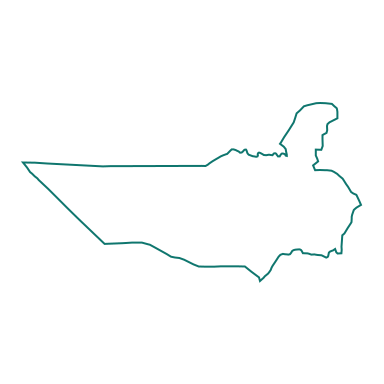 Balad, Sala ad-Din, Iraq (Natural Earth projection)
{"feature_id": "34846034B72296099204368", "entity_name": "Balad", "entity_type": "district", "adm_level": 2, "iso_a3": "IRQ", "parent_name": "Iraq", "parent_adm1": "Sala ad-Din", "projection": "natural_earth1", "projection_center": [44.1, 33.939], "detail": "fine", "context": "isolated", "style": "outline", "palette": "teal", "viewbox_px": 384, "rotation_deg": 0, "n_neighbors": 0, "source": "geoboundaries", "source_scale": "gbopen_adm2", "svg_char_len": 3027}
<svg xmlns="http://www.w3.org/2000/svg" viewBox="0 0 384 384"><path d="M260.0,281.0L262.0,279.2L263.5,277.9L264.8,276.3L267.1,274.4L268.2,273.5L268.7,272.8L269.4,271.9L270.7,270.0L271.6,267.6L272.6,265.8L274.9,262.4L276.8,259.5L278.6,256.7L280.4,254.8L282.9,253.9L284.6,254.2L287.0,254.4L288.4,254.6L290.0,254.2L291.2,252.7L292.1,251.1L293.4,250.2L295.2,249.7L297.2,249.5L298.8,249.4L299.8,249.4L301.1,250.1L301.8,251.1L302.9,253.2L305.5,253.3L307.1,253.3L308.9,253.7L311.3,254.6L313.2,254.5L314.3,254.4L315.3,254.6L316.5,254.8L317.8,255.0L320.5,255.2L321.6,255.3L326.2,257.6L327.6,257.0L328.2,256.0L328.9,252.6L330.0,251.6L331.6,250.9L332.9,250.5L335.1,249.0L336.3,252.3L337.6,253.5L341.4,253.3L341.7,249.8L341.5,246.7L341.9,241.0L342.3,235.3L343.7,234.1L344.4,233.5L347.6,228.2L351.0,223.0L351.5,222.1L351.7,218.8L351.7,216.8L352.2,214.6L353.1,212.0L353.8,210.0L354.5,209.3L356.5,207.6L361.0,204.9L359.2,200.8L356.7,195.5L356.3,194.8L353.3,193.5L351.1,192.0L349.7,189.6L348.1,186.9L346.1,184.1L343.6,180.1L342.6,178.6L339.3,175.9L337.2,173.9L333.8,171.8L331.5,170.7L327.0,170.2L325.2,170.2L319.9,170.0L315.1,170.2L313.1,165.4L318.1,161.4L317.2,158.6L315.8,155.5L315.8,149.6L321.3,149.8L322.7,146.0L322.6,142.7L322.5,139.0L322.5,135.1L324.0,134.2L325.4,133.5L326.5,132.9L327.2,130.2L327.0,126.0L327.5,124.1L329.5,122.3L336.4,118.8L337.4,118.3L337.4,114.8L337.4,111.9L337.0,109.1L336.6,108.1L334.3,106.2L331.9,103.9L325.5,103.2L320.2,103.0L316.2,103.2L311.1,104.4L307.2,105.3L304.9,106.0L303.9,106.3L299.9,110.5L296.8,113.2L296.6,113.4L295.2,117.9L293.7,122.4L288.8,130.2L284.1,137.2L281.0,142.4L280.0,143.8L283.8,146.7L285.7,149.1L286.1,151.6L286.8,154.7L286.8,155.9L285.7,155.6L285.0,154.3L284.5,154.0L283.4,153.7L283.0,153.5L282.0,153.5L281.2,154.1L280.5,155.0L279.7,156.4L278.7,156.4L278.0,156.4L277.3,155.4L276.7,154.7L276.3,153.9L275.5,153.3L274.2,153.3L273.3,154.1L272.5,155.2L270.8,155.0L269.0,154.7L266.2,155.2L263.8,155.0L262.7,154.3L262.2,154.0L260.5,153.1L259.5,152.7L258.7,152.7L258.3,153.0L258.0,153.3L257.9,153.6L257.7,154.3L257.9,155.4L257.5,156.4L256.2,156.8L254.2,156.4L252.7,156.2L248.7,154.7L247.8,153.7L247.4,153.1L246.5,150.4L246.0,149.6L245.0,149.6L244.7,149.8L244.2,150.0L242.9,151.5L241.7,152.5L240.1,152.7L238.7,151.5L236.7,150.6L235.6,150.0L234.5,149.7L233.7,149.4L231.7,149.4L230.1,150.9L227.2,153.9L225.9,154.3L223.2,155.3L220.7,156.4L218.4,157.8L216.3,159.0L212.6,161.2L209.5,163.3L207.8,164.7L205.5,166.0L201.7,165.9L132.2,166.1L111.6,166.1L102.9,166.4L47.2,163.5L35.2,162.7L23.0,162.5L27.1,167.6L30.1,172.1L32.1,173.7L34.7,176.3L37.3,178.3L38.8,180.1L48.3,189.0L59.5,200.2L66.7,207.4L73.3,213.9L77.1,217.6L80.3,220.7L93.9,233.7L104.6,243.9L122.3,243.2L125.9,243.0L132.0,242.6L137.4,242.6L141.9,242.6L148.1,244.3L149.8,244.7L154.2,247.1L166.8,254.1L171.0,256.7L174.9,257.5L179.4,258.0L184.1,259.7L193.5,264.4L198.0,266.2L198.7,266.5L206.5,266.7L213.6,266.7L221.4,266.3L236.1,266.3L244.9,266.5L251.5,271.8L259.0,277.4L260.0,281.0L260.0,281.0Z" fill="none" stroke="#0f766e" stroke-width="2"/></svg>